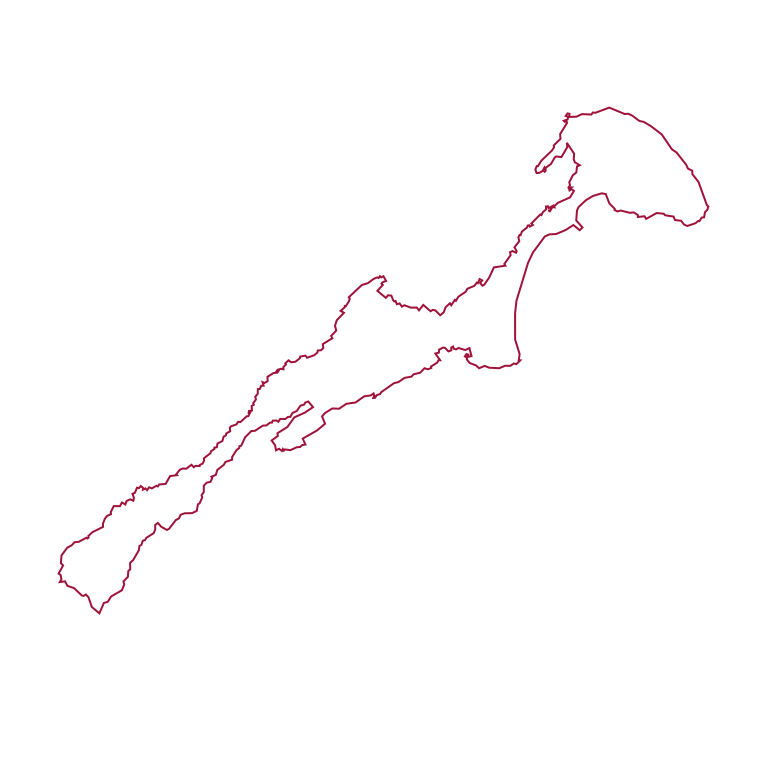 outline of Badung, Bali, Indonesia, rotated 228°
{"feature_id": "22746128B76986430159502", "entity_name": "Badung", "entity_type": "district", "adm_level": 2, "iso_a3": "IDN", "parent_name": "Indonesia", "parent_adm1": "Bali", "projection": "robinson", "projection_center": [115.186, -8.545], "detail": "fine", "context": "isolated", "style": "outline", "palette": "rose", "viewbox_px": 768, "rotation_deg": 228, "n_neighbors": 0, "source": "geoboundaries", "source_scale": "gbopen_adm2", "svg_char_len": 6121}
<svg xmlns="http://www.w3.org/2000/svg" viewBox="0 0 768 768"><g transform="rotate(228 384 384)"><path d="M474.1,101.5L471.7,95.3L470.0,94.1L471.2,89.7L470.6,86.3L468.3,81.7L465.8,79.6L469.0,68.2L468.9,62.7L467.5,61.7L467.7,60.2L468.9,60.0L471.0,51.5L473.5,48.1L473.1,43.9L474.3,39.1L472.4,29.6L467.0,24.0L463.9,24.1L460.8,15.3L458.5,15.9L454.7,13.6L453.7,10.6L450.8,14.9L445.8,13.7L439.7,17.1L429.2,17.9L427.5,19.0L427.0,21.6L423.3,21.7L413.8,17.7L404.0,19.0L408.7,29.3L407.0,33.0L408.7,39.0L406.1,51.2L408.8,56.7L411.6,58.3L412.1,64.7L416.1,68.8L416.0,71.3L420.9,75.6L421.0,79.8L424.5,90.6L427.3,93.9L426.8,96.1L428.9,99.9L427.9,102.0L428.7,104.3L427.3,113.2L429.0,116.7L432.3,119.5L432.1,123.0L427.1,122.9L420.8,125.0L420.2,127.5L422.2,138.4L421.3,141.7L422.9,145.3L421.4,149.2L416.5,154.9L415.0,160.0L419.1,165.2L418.7,167.1L421.3,173.0L423.4,174.0L424.3,177.8L429.0,182.0L429.3,186.2L427.4,189.6L429.1,193.6L430.6,193.7L429.0,198.2L431.7,202.7L431.1,210.8L432.2,214.0L429.4,220.4L431.4,222.4L433.6,230.2L433.3,233.7L434.5,235.0L433.7,236.6L437.3,245.1L437.8,254.0L435.6,256.7L434.1,266.2L431.9,268.9L431.6,273.3L430.3,274.9L431.2,276.8L428.9,279.6L426.6,280.2L427.5,283.5L424.0,287.3L423.8,290.6L422.2,292.5L423.7,296.5L422.3,301.2L423.8,307.4L422.1,311.0L422.9,313.0L421.7,316.0L414.3,315.8L415.7,306.0L419.2,295.0L416.7,283.4L418.7,271.9L416.4,270.3L417.2,262.7L411.4,262.1L407.0,259.4L406.1,262.7L402.5,263.4L403.3,265.3L401.5,265.0L401.7,266.6L397.5,270.1L395.4,276.8L393.4,279.4L393.3,282.5L391.6,285.1L397.8,287.1L394.3,303.1L393.9,313.6L401.4,316.3L401.9,320.9L400.4,329.2L395.7,334.1L394.4,342.9L389.3,350.5L388.1,361.0L384.3,366.7L384.0,369.9L381.9,369.0L380.8,366.7L379.7,368.1L380.6,371.1L379.1,374.5L379.8,376.4L377.9,392.1L375.8,395.9L374.8,403.4L371.1,409.3L371.4,412.5L368.2,418.4L368.6,424.6L365.5,426.6L364.3,429.9L365.5,430.6L364.3,437.9L365.2,440.4L364.1,441.6L372.3,442.6L370.6,445.8L372.7,448.0L371.5,452.3L370.2,453.5L365.1,453.7L364.0,456.6L366.1,458.4L365.7,460.4L363.4,459.5L361.5,460.7L360.9,463.5L354.9,467.1L353.5,471.5L346.2,467.7L347.6,465.1L348.7,464.7L349.4,466.3L351.1,465.3L350.4,462.6L348.0,463.3L346.8,462.0L342.3,461.7L336.3,464.8L332.1,465.2L330.1,470.9L325.7,473.1L318.6,480.2L316.5,486.3L313.0,490.0L312.4,494.2L310.2,495.6L310.4,501.1L311.5,500.1L315.5,504.8L329.3,511.2L348.8,528.7L357.2,538.1L377.6,572.0L382.1,582.8L386.0,602.2L384.5,607.1L380.3,612.2L376.9,622.0L375.4,631.1L367.3,632.4L367.6,636.3L376.9,636.3L383.8,643.5L385.3,647.0L385.5,657.0L383.9,665.2L380.0,673.4L376.8,675.9L367.4,672.3L359.8,672.7L359.1,671.8L356.1,672.9L354.5,676.0L346.8,681.2L344.3,684.5L339.6,685.7L338.2,684.4L334.4,689.8L331.3,689.3L328.6,701.0L323.4,705.8L321.3,705.8L314.7,711.2L311.1,710.0L306.5,714.0L301.7,713.7L298.5,715.1L295.1,723.0L294.9,726.6L293.9,727.4L295.1,731.5L293.7,733.4L296.9,737.5L297.1,740.8L298.9,743.9L300.8,743.6L323.6,752.9L333.6,753.6L336.3,755.8L340.8,754.0L344.7,755.3L360.3,756.3L365.8,755.0L383.6,757.4L397.0,754.9L405.0,752.4L408.6,749.8L417.2,748.1L421.3,746.4L423.7,743.5L438.7,736.3L444.1,722.6L446.0,720.9L445.5,718.4L452.1,711.7L453.9,705.9L458.5,700.4L460.7,702.6L462.3,701.4L461.6,698.4L459.3,699.7L457.7,697.4L459.3,693.7L457.8,693.8L457.4,695.4L455.6,694.9L451.9,682.2L448.1,679.2L447.7,669.8L446.1,668.7L445.1,664.8L444.7,650.5L442.9,644.2L443.7,643.3L442.1,640.0L438.6,638.5L437.0,640.7L436.2,644.6L437.6,648.3L436.5,648.1L435.8,655.3L438.1,662.5L437.8,664.3L433.9,667.7L437.4,678.7L440.9,681.3L427.9,679.4L424.0,675.3L421.1,674.2L415.6,675.8L416.5,673.0L412.5,668.4L412.8,664.1L409.9,656.6L407.3,655.3L406.6,652.9L404.8,654.7L405.3,652.2L403.7,651.4L403.4,653.8L400.4,654.3L398.2,647.2L402.3,634.3L402.2,629.2L401.2,628.9L402.8,627.6L401.3,622.9L401.6,622.5L403.2,622.5L401.6,623.0L403.6,627.9L404.6,624.0L406.3,624.8L407.5,623.2L405.3,621.3L405.4,617.1L404.2,614.0L405.4,613.6L404.7,600.9L402.6,601.1L403.4,597.7L404.8,598.1L405.6,596.8L404.6,595.1L405.0,588.5L403.2,585.1L404.0,584.5L403.1,582.0L399.6,580.1L398.3,572.4L394.0,571.5L393.2,570.0L396.8,568.5L397.6,565.9L395.0,564.3L392.7,553.8L390.7,553.4L397.1,543.7L392.8,533.6L390.7,525.1L391.1,523.0L392.6,522.9L394.8,523.1L395.3,526.3L398.0,525.3L396.1,521.2L397.2,520.9L396.5,516.7L399.0,509.7L397.9,506.5L399.1,497.6L397.7,493.1L399.1,493.0L397.5,486.6L399.9,487.0L399.8,481.0L397.3,476.4L397.5,471.8L404.3,471.4L406.4,469.9L406.9,467.3L416.5,466.1L415.3,459.3L418.9,459.5L422.7,455.1L428.9,451.8L429.5,449.1L433.4,449.5L434.7,447.0L438.0,448.1L438.6,446.8L440.2,446.9L444.8,448.6L447.2,446.4L446.8,443.0L457.6,441.4L458.4,449.4L460.2,449.2L460.6,450.9L459.2,454.5L464.5,455.7L465.1,453.3L466.8,453.1L466.3,451.0L467.7,450.4L468.9,447.2L469.8,439.3L472.4,433.8L472.0,415.8L470.4,415.7L469.0,413.5L467.4,407.7L468.2,407.1L467.3,406.1L467.4,400.7L463.7,401.9L463.0,391.6L460.0,386.5L455.7,384.3L455.1,376.9L452.6,376.2L454.6,365.2L451.3,362.9L451.2,359.8L453.2,357.2L451.9,355.5L452.1,351.3L455.0,344.4L457.7,344.6L460.4,340.1L459.5,338.6L459.8,333.1L462.3,329.5L465.5,328.9L465.4,324.5L464.1,324.2L463.9,320.5L462.2,319.1L464.3,317.6L465.8,314.3L465.4,312.8L464.2,314.0L463.8,312.3L466.1,309.1L467.3,302.3L463.9,299.3L464.8,295.8L466.6,295.0L463.3,293.4L464.9,291.6L463.4,288.4L464.6,286.8L461.2,283.6L460.6,279.7L458.2,278.5L457.3,274.0L455.7,273.4L456.3,271.0L452.7,268.2L454.3,265.6L453.2,264.3L452.5,265.8L450.9,261.7L451.9,260.2L451.8,251.9L453.5,250.3L452.7,247.3L454.9,242.1L454.7,240.1L451.8,238.1L452.8,233.7L451.6,232.1L452.2,229.6L449.8,225.8L451.2,220.4L448.9,217.5L450.2,215.4L449.2,214.5L449.8,210.4L448.7,208.8L449.3,200.4L447.5,199.1L446.2,196.0L447.1,193.0L446.4,192.1L449.3,189.1L449.5,186.9L452.8,186.9L453.4,180.3L455.8,178.0L456.9,174.9L455.9,169.0L454.8,169.1L458.7,163.5L455.9,154.9L459.8,149.6L459.2,147.4L460.7,146.7L461.7,141.7L464.4,140.3L463.6,136.9L466.1,136.8L466.8,134.1L468.0,135.4L470.9,135.0L470.6,132.2L472.2,131.1L469.8,126.0L470.7,123.6L466.8,122.0L465.0,119.6L468.1,118.2L469.3,114.4L467.5,111.1L471.3,110.0L469.9,106.0L474.1,101.5ZM436.1,648.3L434.5,646.5L434.1,644.4L434.4,646.9L436.1,648.3Z" fill="none" stroke="#9f1239" stroke-width="2"/></g></svg>